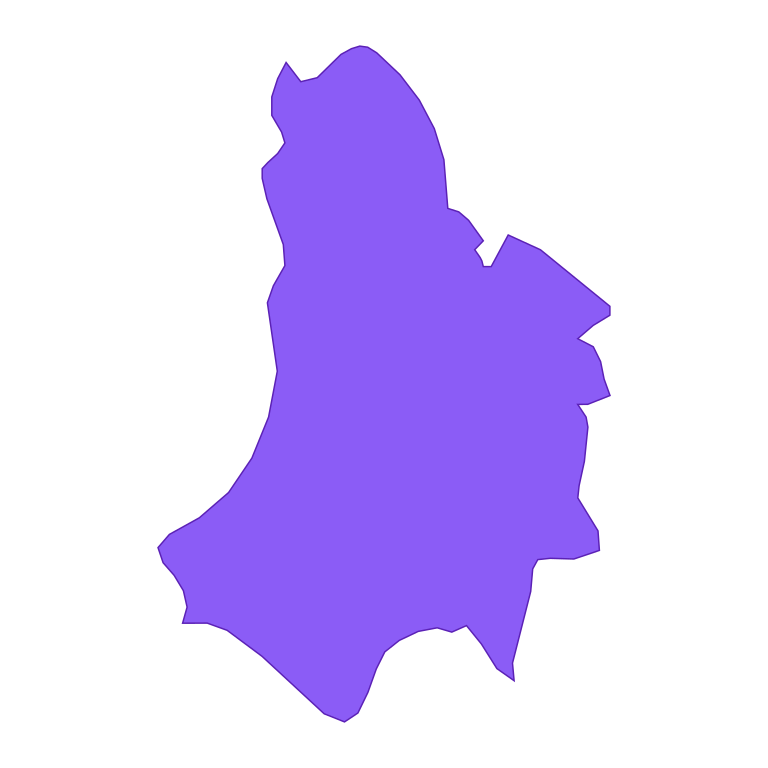 SVG path tracing the border of Catanduanes
{"feature_id": "PHL-2539", "entity_name": "Catanduanes", "entity_type": "Province", "adm_level": 1, "iso_a3": "PHL", "parent_name": "Philippines", "parent_adm1": "", "projection": "albers", "projection_center": [124.24, 13.808], "detail": "fine", "context": "isolated", "style": "filled", "palette": "violet", "viewbox_px": 768, "rotation_deg": 0, "n_neighbors": 0, "source": "natural_earth", "source_scale": "10m", "svg_char_len": 1201}
<svg xmlns="http://www.w3.org/2000/svg" viewBox="0 0 768 768"><path d="M609.9,306.3L609.9,315.2L593.2,325.4L577.7,338.7L593.3,346.8L600.6,361.6L604.1,379.1L610.0,395.5L587.8,404.3L577.7,404.4L586.1,417.1L587.9,427.1L584.4,461.3L579.1,485.7L577.8,497.9L598.0,530.9L599.4,550.4L573.9,559.0L550.2,558.3L537.8,559.6L532.7,568.9L530.7,591.5L512.5,663.1L514.1,680.7L496.9,668.6L481.4,644.0L466.5,625.6L451.8,632.1L437.2,627.8L418.2,631.4L399.3,640.4L384.8,651.9L376.3,668.9L367.9,692.4L357.9,713.0L344.5,721.9L324.2,713.8L262.0,656.3L227.1,630.3L207.2,623.1L182.6,623.2L187.1,607.1L183.4,590.7L174.1,575.3L163.1,562.7L158.0,547.6L169.4,534.4L199.3,517.8L228.6,492.5L251.9,458.1L268.6,417.0L277.3,371.2L267.4,302.8L273.4,285.7L284.9,265.6L283.3,244.5L266.9,198.8L262.2,178.4L262.2,168.6L267.9,162.5L277.7,153.5L284.9,142.9L281.6,132.1L271.8,115.4L271.8,96.9L277.7,78.6L286.1,62.5L300.8,81.7L317.2,77.7L341.0,54.4L351.4,48.7L359.8,46.1L367.7,47.2L376.8,52.9L400.0,74.8L419.3,100.1L434.3,128.6L443.9,159.7L447.8,208.4L458.8,211.9L468.6,220.3L483.3,240.8L474.7,249.7L480.2,257.6L481.9,261.0L483.3,266.6L491.2,266.6L508.2,235.0L540.5,249.8L609.9,306.3Z" fill="#8b5cf6" stroke="#5b21b6" stroke-width="1.5"/></svg>